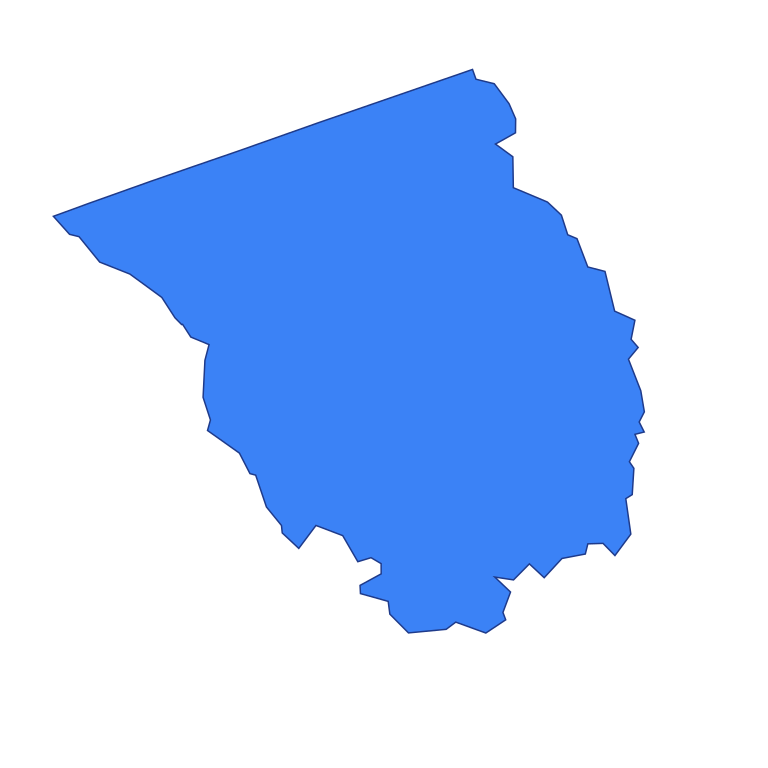 outline of Cache, Utah, United States of America, rotated 341°
{"feature_id": "52423323B21224968054830", "entity_name": "Cache", "entity_type": "district", "adm_level": 2, "iso_a3": "USA", "parent_name": "United States of America", "parent_adm1": "Utah", "projection": "natural_earth1", "projection_center": [-111.756, 41.684], "detail": "fine", "context": "isolated", "style": "filled", "palette": "blue", "viewbox_px": 768, "rotation_deg": 341, "n_neighbors": 0, "source": "geoboundaries", "source_scale": "gbopen_adm2", "svg_char_len": 1251}
<svg xmlns="http://www.w3.org/2000/svg" viewBox="0 0 768 768"><g transform="rotate(341 384 384)"><path d="M570.1,115.4L413.4,115.6L405.9,115.6L320.9,116.3L294.4,116.3L274.6,116.3L229.2,116.4L163.4,117.1L126.5,117.8L126.0,117.8L135.4,140.1L143.6,145.4L154.9,176.2L179.5,197.3L202.1,229.8L207.9,253.3L212.0,261.9L212.3,262.0L212.8,261.9L213.0,262.0L216.6,276.7L231.4,289.8L222.4,303.3L208.6,337.7L208.2,361.5L202.0,370.5L224.8,402.3L228.1,425.1L233.0,428.4L232.8,462.0L241.0,484.4L239.3,491.7L249.9,511.7L273.6,495.6L295.6,513.9L301.4,543.5L315.2,544.0L322.8,552.9L319.5,562.6L295.8,566.6L293.5,574.5L317.2,590.9L314.6,603.5L326.1,627.3L362.9,636.2L374.3,632.5L399.2,652.6L422.3,646.6L422.1,638.7L435.9,621.9L425.9,602.6L442.7,611.4L462.9,601.4L472.4,619.3L495.5,606.9L519.0,610.3L524.7,601.5L539.2,606.0L546.5,621.4L568.5,606.3L575.3,571.1L582.7,569.4L592.8,545.1L590.7,537.4L605.4,523.0L604.9,513.3L614.4,514.1L612.9,503.0L621.1,495.1L624.6,474.0L623.2,440.1L636.2,432.2L632.2,422.2L642.0,405.4L625.8,390.2L629.6,349.5L614.8,339.7L613.8,309.4L606.3,302.7L606.7,282.1L597.8,265.2L570.2,240.5L579.8,211.1L567.5,193.4L590.1,189.3L594.8,176.2L593.5,159.7L586.0,136.0L570.2,125.8L570.1,115.4Z" fill="#3b82f6" stroke="#1e3a8a" stroke-width="1.5"/></g></svg>